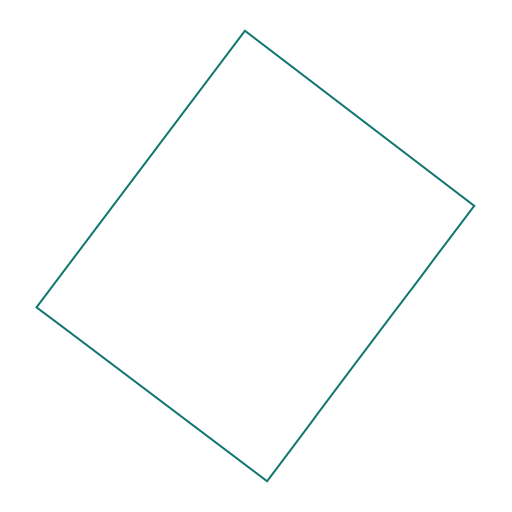 the district of Howard, Iowa, United States of America, rotated 127°
{"feature_id": "52423323B7267106537917", "entity_name": "Howard", "entity_type": "district", "adm_level": 2, "iso_a3": "USA", "parent_name": "United States of America", "parent_adm1": "Iowa", "projection": "albers", "projection_center": [-92.295, 43.357], "detail": "fine", "context": "isolated", "style": "outline", "palette": "teal", "viewbox_px": 512, "rotation_deg": 127, "n_neighbors": 0, "source": "geoboundaries", "source_scale": "gbopen_adm2", "svg_char_len": 379}
<svg xmlns="http://www.w3.org/2000/svg" viewBox="0 0 512 512"><g transform="rotate(127 256 256)"><path d="M82.8,400.4L429.1,400.4L429.0,357.6L429.2,111.6L421.8,111.6L411.7,111.6L357.1,111.7L342.6,111.9L285.3,112.0L284.1,112.0L218.7,112.0L204.6,111.9L191.6,111.9L189.6,111.8L160.4,111.9L149.1,112.0L84.6,111.9L82.8,400.4Z" fill="none" stroke="#0f766e" stroke-width="2"/></g></svg>